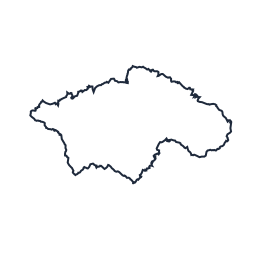 Spermezeu, Bistrita-Nasaud, Romania, rotated 124°
{"feature_id": "2599482B64960666730870", "entity_name": "Spermezeu", "entity_type": "district", "adm_level": 2, "iso_a3": "ROU", "parent_name": "Romania", "parent_adm1": "Bistrita-Nasaud", "projection": "equal_earth", "projection_center": [24.161, 47.303], "detail": "fine", "context": "isolated", "style": "outline", "palette": "slate", "viewbox_px": 256, "rotation_deg": 124, "n_neighbors": 0, "source": "geoboundaries", "source_scale": "gbopen_adm2", "svg_char_len": 5766}
<svg xmlns="http://www.w3.org/2000/svg" viewBox="0 0 256 256"><g transform="rotate(124 128 128)"><path d="M194.0,149.3L195.5,149.1L195.9,148.5L196.4,146.0L196.2,145.7L196.3,145.2L195.4,145.0L194.8,144.4L193.1,143.9L192.8,144.1L192.3,143.4L191.6,143.0L189.6,143.0L187.8,142.2L185.7,142.3L185.5,142.6L184.8,142.4L184.8,141.6L184.5,141.1L184.3,139.3L184.0,138.7L182.0,138.4L179.1,138.9L177.1,137.1L177.2,135.8L177.5,135.2L176.9,133.4L177.4,133.4L177.5,133.2L177.8,133.1L178.5,132.0L177.6,131.9L176.5,130.9L176.4,130.5L175.8,130.3L175.1,129.6L174.8,129.8L174.4,129.1L175.1,124.6L173.9,124.0L171.9,123.5L169.7,123.8L169.5,123.1L169.7,120.7L170.4,118.8L170.4,117.8L170.7,116.0L171.1,115.0L170.9,113.7L170.6,113.0L169.7,112.3L169.5,111.6L169.5,110.3L170.3,106.0L170.0,104.5L169.4,104.4L169.3,104.0L169.3,103.0L169.9,101.0L168.8,99.6L168.8,98.1L169.3,97.2L169.1,96.5L169.9,93.5L170.9,92.9L170.8,92.7L169.5,92.5L169.5,91.8L168.2,91.6L166.0,91.8L165.2,91.4L165.2,90.6L162.8,90.3L161.3,89.7L160.9,89.8L161.3,90.9L160.4,91.9L159.4,91.4L157.4,91.5L154.5,92.3L154.0,90.1L153.0,90.4L152.8,89.1L151.7,89.6L150.8,89.6L150.6,88.9L149.1,87.8L148.5,88.6L148.1,88.4L147.5,88.8L147.1,88.8L146.3,88.2L145.9,86.9L145.5,87.8L143.5,88.4L143.8,89.1L143.3,89.2L142.3,88.7L142.1,89.2L140.1,88.1L138.2,88.0L138.1,88.7L137.5,88.7L137.5,89.4L136.6,89.5L137.2,90.4L136.8,91.1L135.3,90.9L132.7,89.3L132.8,87.9L131.2,87.9L130.8,88.7L129.2,89.7L129.8,91.7L128.9,92.8L124.2,93.5L121.7,93.5L121.3,92.4L120.3,91.6L117.5,90.6L117.2,90.3L116.4,90.4L115.2,90.2L115.6,89.5L115.7,88.5L116.2,88.4L116.0,88.0L116.8,87.9L116.5,87.2L116.2,86.4L115.3,86.1L114.6,86.8L113.3,85.4L113.2,84.7L112.7,83.1L112.1,82.0L112.7,80.3L111.3,76.9L111.4,75.8L112.0,75.3L112.2,74.5L112.1,72.9L112.3,71.3L112.7,70.4L112.6,69.1L110.6,68.3L112.5,66.1L113.3,64.7L113.2,63.5L113.4,62.7L113.9,61.6L115.0,60.4L114.5,60.0L114.2,58.8L113.2,58.3L113.0,57.8L112.6,55.6L112.2,52.4L110.4,50.8L109.0,48.7L107.4,48.1L103.8,49.6L102.1,49.4L101.0,48.3L100.1,47.7L99.7,46.1L98.7,45.2L98.5,44.5L97.9,44.1L97.7,42.9L97.3,42.4L96.1,42.4L95.7,42.0L95.2,42.0L94.9,41.8L94.8,41.2L93.5,40.6L92.6,41.1L91.9,41.0L91.2,40.6L90.2,39.6L88.5,39.1L85.8,39.6L84.7,39.3L83.8,39.5L83.7,38.7L83.4,38.2L81.9,38.2L81.1,39.5L80.8,39.5L80.4,39.9L79.7,41.6L77.6,42.0L74.9,40.8L73.3,40.6L70.9,43.0L65.8,45.5L66.2,46.3L64.9,46.4L64.8,46.9L65.0,47.2L65.0,47.6L64.7,47.7L64.6,47.9L65.0,48.1L65.5,49.1L66.2,48.7L67.0,48.9L65.0,52.5L64.7,55.5L64.3,56.4L63.5,57.4L62.0,58.6L61.5,59.5L61.4,60.1L62.0,62.6L61.1,65.2L60.7,65.8L60.5,67.2L59.7,67.5L59.6,68.9L60.3,70.8L62.1,72.8L63.0,73.4L63.0,74.2L63.2,74.3L63.2,74.6L63.7,75.2L64.1,76.1L65.2,81.1L66.3,83.2L66.7,85.1L66.2,85.7L64.5,86.1L62.3,85.8L63.4,87.9L62.5,87.7L63.9,88.6L61.7,88.7L64.2,89.9L65.2,90.6L64.1,90.7L62.3,90.1L62.2,90.6L62.5,90.8L62.5,91.4L63.4,91.5L64.1,92.0L65.2,94.1L60.9,94.7L60.9,95.4L59.7,95.6L61.1,98.0L60.1,99.2L60.4,99.8L61.0,99.9L62.4,100.4L63.0,102.1L63.0,103.7L63.1,104.2L62.7,104.8L62.8,105.9L61.5,111.2L62.9,111.6L63.0,111.8L62.1,112.7L62.2,113.0L62.5,113.0L63.1,113.5L63.3,114.0L63.1,114.9L63.8,116.2L65.3,117.8L64.9,118.6L63.0,119.9L62.8,121.0L62.5,121.5L63.1,122.4L63.9,122.9L64.2,124.6L64.3,125.5L63.8,129.2L63.9,129.6L64.7,130.6L67.7,131.8L68.3,132.4L66.5,132.7L65.6,133.5L64.7,133.9L64.5,134.3L64.7,135.7L65.9,137.3L66.2,138.0L66.2,139.1L65.7,139.8L66.0,140.3L66.4,140.3L67.2,141.2L67.4,140.5L68.4,140.4L68.5,140.8L67.6,144.1L68.8,144.8L68.7,146.9L68.9,149.2L68.8,149.8L70.0,150.5L70.9,152.7L73.1,154.4L73.0,155.5L73.6,156.8L74.0,158.7L75.1,158.4L77.3,159.1L77.5,158.8L77.8,158.7L78.8,159.1L79.1,160.0L80.4,159.9L82.6,158.8L83.5,158.7L83.9,158.3L85.4,158.0L87.4,157.2L87.9,156.2L88.9,155.3L89.0,155.6L88.2,156.6L89.0,156.8L90.3,156.1L89.8,154.0L90.9,153.3L91.5,154.6L91.8,156.0L92.6,157.2L92.7,157.9L93.4,158.6L93.9,159.7L95.6,161.5L95.3,163.1L96.1,165.3L95.1,166.8L95.0,167.3L96.8,169.5L101.5,169.6L101.6,171.4L102.6,171.6L103.4,172.6L105.7,173.5L106.2,174.1L107.5,174.3L108.6,175.8L110.8,177.0L113.3,177.6L117.4,176.6L115.7,178.9L113.5,180.7L114.1,181.7L115.3,182.5L114.7,183.4L114.8,184.0L115.8,183.8L116.6,184.5L117.2,183.4L118.0,183.6L118.3,183.3L119.9,183.8L120.3,184.3L120.6,185.0L123.6,186.0L122.9,187.0L123.5,187.5L123.3,188.0L125.1,188.7L125.8,189.5L126.8,188.9L129.7,188.2L131.4,189.7L134.3,190.2L134.8,190.6L135.0,191.4L134.6,192.0L132.5,191.8L132.2,192.0L131.5,193.6L130.7,194.3L130.8,194.9L131.1,195.2L132.1,195.4L132.4,195.8L132.6,196.2L132.5,198.2L134.0,197.0L136.1,197.0L136.9,196.6L138.2,197.5L141.0,199.2L141.4,199.2L142.5,200.1L143.1,199.9L143.8,200.1L144.3,201.1L146.1,200.0L146.9,199.2L148.4,198.6L147.5,200.7L148.7,201.3L148.0,202.2L147.9,202.7L150.0,204.0L151.7,205.5L152.1,206.1L153.1,209.9L153.2,212.5L152.9,214.2L154.1,214.0L154.2,214.3L154.9,214.6L156.0,214.3L157.1,214.6L159.0,214.5L159.2,214.1L159.8,213.9L159.8,213.7L160.2,213.4L161.2,214.7L162.2,214.3L163.1,215.1L163.2,215.8L163.4,215.9L163.6,215.8L163.9,215.0L164.6,214.6L165.4,214.4L165.8,214.8L165.9,215.4L167.0,217.2L168.4,217.8L168.9,217.7L169.7,217.0L172.2,216.0L172.6,214.2L172.8,210.9L173.5,209.3L173.2,208.6L173.2,207.9L172.1,206.8L172.1,206.3L171.3,204.6L171.5,203.7L170.9,202.8L170.4,201.1L170.4,200.2L170.5,199.7L172.3,198.7L172.7,197.7L172.9,196.7L173.7,195.9L173.3,195.0L173.5,193.7L172.3,191.5L172.0,190.3L170.9,189.8L170.6,188.1L171.4,187.8L171.3,187.2L170.2,186.7L170.2,183.8L170.7,183.6L170.7,183.2L171.0,182.8L171.0,181.3L171.9,181.0L171.8,180.5L171.0,180.1L171.2,179.3L174.2,176.7L176.4,172.0L177.0,171.3L177.0,170.6L177.2,170.1L179.6,168.6L180.7,166.9L181.8,166.5L182.7,166.6L184.6,165.8L186.0,164.8L185.8,164.2L185.4,163.5L186.2,162.0L186.0,161.2L186.1,160.7L190.3,158.7L190.8,157.9L191.7,156.0L192.4,152.8L192.4,152.3L194.0,149.3Z" fill="none" stroke="#1e293b" stroke-width="2"/></g></svg>